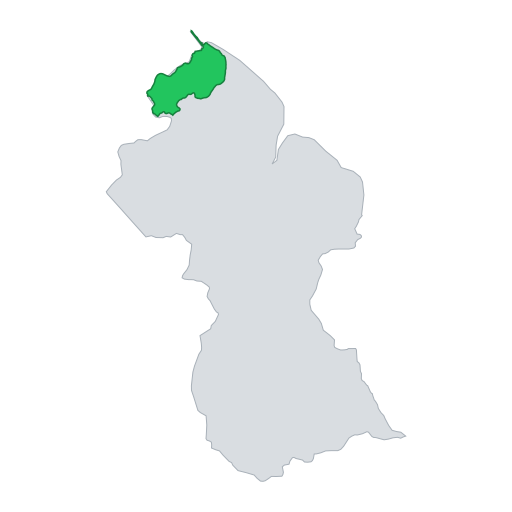 location of I-1 Barima, Barima-Waini, Guyana
{"feature_id": "73187651B60550575754674", "entity_name": "I-1 Barima", "entity_type": "district", "adm_level": 2, "iso_a3": "GUY", "parent_name": "Guyana", "parent_adm1": "Barima-Waini", "projection": "mercator", "projection_center": [-60.025, 7.862], "detail": "fine", "context": "in_parent", "style": "filled", "palette": "green", "viewbox_px": 512, "rotation_deg": 0, "n_neighbors": 0, "source": "geoboundaries", "source_scale": "gbopen_adm2", "svg_char_len": 8428}
<svg xmlns="http://www.w3.org/2000/svg" viewBox="0 0 512 512"><path d="M145.9,236.9L133.0,222.5L120.0,207.9L107.2,193.7L106.3,191.7L111.7,184.9L116.5,180.0L120.5,177.3L122.3,174.8L120.9,164.3L121.0,160.6L119.1,156.5L117.8,151.9L119.4,148.0L121.3,145.4L123.8,144.3L129.7,143.4L134.0,143.0L135.5,141.5L137.9,139.7L141.1,139.6L147.4,140.8L150.2,138.5L155.4,135.4L167.1,129.9L169.7,126.4L171.5,120.9L171.3,118.4L170.1,117.4L167.2,116.5L162.8,116.4L159.3,117.8L155.6,117.0L152.5,113.6L152.4,110.8L154.2,106.9L153.1,104.3L147.3,95.9L147.3,93.6L151.6,89.9L154.0,86.7L157.2,79.1L159.8,76.6L168.0,75.7L170.0,74.1L174.2,70.0L180.3,65.4L189.2,61.8L191.7,55.1L193.3,53.3L200.4,49.8L201.6,47.9L201.4,46.2L190.1,31.2L192.3,32.3L201.1,42.0L206.0,44.2L207.0,44.2L207.1,41.7L211.5,42.7L223.1,49.4L239.9,60.5L263.6,81.4L270.4,89.3L274.9,93.0L282.0,102.1L284.0,106.6L283.8,124.2L277.6,136.2L276.1,145.2L275.7,157.1L272.1,164.0L276.9,160.3L278.4,149.5L282.5,142.9L287.8,135.7L294.9,134.0L302.6,137.1L308.8,137.6L314.2,139.7L325.8,151.2L337.1,160.3L341.2,167.6L353.2,171.3L360.2,177.0L362.5,182.0L363.9,195.0L361.6,214.7L362.2,215.6L359.0,219.5L358.4,222.0L356.3,226.3L354.7,228.7L357.1,234.1L359.8,234.4L360.8,235.1L361.5,236.1L361.3,237.3L360.3,238.3L357.7,239.6L355.2,242.8L355.5,246.2L353.9,248.0L349.0,249.0L339.3,249.0L334.5,249.2L330.7,249.8L328.3,252.0L325.1,253.6L322.6,253.9L320.4,256.5L318.2,260.2L318.9,262.7L321.2,266.1L322.5,269.5L320.8,275.1L318.8,279.4L317.7,282.7L316.2,289.0L312.5,295.9L309.8,299.9L309.8,304.2L311.2,310.3L318.8,319.2L321.3,323.4L323.3,330.2L330.2,335.6L334.5,339.9L334.1,345.6L334.7,347.4L337.4,348.8L340.6,350.0L344.2,349.9L347.4,349.4L348.2,348.6L355.6,348.5L356.4,349.9L356.9,358.1L357.2,361.5L358.9,362.8L360.0,364.9L360.1,366.7L360.4,371.3L361.5,373.7L361.3,378.7L362.1,380.5L364.1,381.7L366.7,385.2L367.7,385.7L368.2,386.9L370.4,391.9L371.6,393.4L372.3,393.6L372.7,395.4L374.3,400.1L375.4,401.2L377.5,404.7L378.3,408.4L381.0,412.7L383.8,415.6L385.1,418.7L388.7,425.5L392.1,430.3L396.8,431.6L400.8,432.2L403.2,434.1L405.7,436.1L403.1,437.0L400.7,438.2L397.5,437.3L393.0,437.8L388.4,439.1L384.1,439.8L376.0,437.6L373.5,437.4L371.8,436.4L368.5,432.2L366.9,431.7L362.6,433.7L357.3,435.0L354.8,434.8L351.7,436.2L348.9,438.1L343.6,446.3L340.8,449.3L337.9,450.6L331.9,450.6L325.6,450.9L320.8,452.8L316.4,453.9L314.2,454.0L313.4,458.5L312.4,460.6L311.0,461.8L307.6,462.2L304.5,462.0L302.6,460.1L299.1,459.2L296.0,458.5L294.0,457.4L292.4,457.7L291.0,459.6L289.9,461.2L289.0,464.2L284.3,465.1L282.3,466.8L283.4,472.3L282.9,474.5L281.9,476.2L276.2,476.5L271.4,476.4L268.6,478.5L265.1,480.8L263.0,481.3L260.5,481.1L257.2,478.4L254.1,475.0L246.0,472.6L238.0,470.6L232.8,465.2L231.6,462.6L229.1,461.4L222.9,455.0L219.5,450.9L215.8,449.8L211.5,448.0L211.7,445.0L211.4,442.2L209.5,441.0L207.0,440.2L206.0,438.6L206.3,434.8L206.8,425.1L206.1,415.8L200.4,412.6L197.9,410.4L193.6,396.6L191.5,390.4L191.4,385.8L192.9,372.1L194.5,366.1L198.9,354.2L201.5,350.2L201.6,347.2L201.3,343.3L200.0,335.6L207.5,330.8L210.7,328.8L211.3,325.5L215.3,321.4L217.1,317.5L218.5,314.5L218.1,312.9L216.4,311.9L214.3,309.0L210.0,300.6L208.4,298.9L207.1,296.5L207.8,292.8L209.5,288.8L209.3,287.1L206.7,284.9L201.3,281.3L196.9,281.0L193.5,279.7L188.4,279.6L184.4,279.1L182.1,277.8L182.6,275.6L183.6,273.9L187.0,269.6L189.2,265.1L189.5,260.7L190.2,254.9L191.2,249.9L191.7,244.2L186.4,240.4L184.7,237.3L182.5,234.6L180.1,234.6L176.4,233.4L170.7,237.0L166.2,236.4L163.1,237.7L156.0,237.5L151.4,235.7L145.9,236.9Z" fill="#d9dde1" stroke="#a8b0b8" stroke-width="1"/><path d="M205.5,42.9L204.6,44.1L204.4,44.0L203.9,44.4L203.8,44.8L203.3,44.8L202.3,44.7L201.9,44.2L202.1,43.6L202.1,43.1L201.8,42.9L201.1,42.7L200.5,42.2L200.0,41.9L198.3,39.7L197.3,37.7L197.0,37.4L195.8,36.3L194.2,34.5L192.1,31.3L191.7,31.0L191.5,30.8L191.3,30.7L191.4,32.1L199.0,41.5L201.7,45.2L202.0,45.5L202.6,45.8L203.0,46.3L203.2,46.6L203.4,46.8L203.4,47.2L203.3,47.5L203.2,47.7L203.0,48.0L202.5,48.4L202.1,48.6L201.9,48.7L201.9,48.9L201.6,50.0L201.4,50.4L200.4,50.5L198.7,50.9L198.3,50.9L197.0,51.1L196.5,51.2L195.9,51.4L195.4,51.3L195.2,51.3L195.1,51.5L194.9,52.3L194.7,52.8L194.5,53.2L194.4,53.3L194.1,53.4L193.6,53.4L193.4,53.4L193.1,53.7L192.8,53.9L192.7,54.0L192.5,54.4L192.2,55.3L192.2,55.7L192.4,56.2L192.5,56.3L192.5,56.7L192.5,56.9L191.9,57.6L191.7,58.1L191.6,58.6L191.5,59.5L191.5,59.8L191.4,60.1L191.2,60.2L190.3,61.9L189.8,62.7L189.6,63.0L189.4,63.2L188.8,63.6L188.1,63.7L187.8,63.8L187.2,63.7L186.5,63.6L185.8,63.2L185.4,63.1L184.7,63.3L184.0,63.6L183.5,64.0L183.2,64.4L182.9,65.0L182.5,65.2L182.3,65.4L182.1,65.6L181.4,66.1L180.9,66.4L180.7,66.4L180.3,66.6L179.7,67.0L179.3,67.2L179.1,67.2L178.9,67.2L178.0,67.5L177.8,67.6L177.6,67.7L177.3,68.0L177.2,68.2L177.1,69.0L176.7,69.8L176.4,70.1L176.1,70.8L175.6,71.6L175.1,72.3L174.6,72.8L173.6,73.4L172.4,74.3L171.1,75.7L170.5,76.1L169.9,76.3L169.3,76.4L168.7,76.3L167.9,76.1L167.3,76.0L166.7,75.7L166.0,75.4L165.4,75.1L162.9,73.9L161.7,73.6L160.9,73.6L160.2,73.6L159.5,73.9L158.8,74.2L158.2,74.6L157.6,75.0L157.1,75.6L156.3,76.9L156.0,77.5L155.7,78.2L155.1,79.4L154.8,81.5L154.6,82.1L154.4,82.7L153.8,84.2L153.4,84.9L152.8,85.9L152.5,86.4L151.7,88.1L151.3,88.8L150.7,89.4L150.2,89.7L149.2,90.2L148.6,90.5L147.9,91.0L147.4,91.4L147.0,92.0L146.9,92.8L147.0,93.4L147.6,93.9L147.8,94.5L147.6,95.3L147.7,96.0L148.5,96.1L149.1,96.1L149.7,96.3L150.1,96.7L150.7,97.3L151.1,97.8L151.6,98.3L152.0,98.8L152.0,99.7L152.3,100.3L152.9,100.6L153.4,101.2L154.1,102.6L154.5,103.2L154.6,103.8L154.7,104.6L154.5,105.2L153.5,106.3L152.8,107.2L152.1,108.2L152.0,108.9L152.1,109.5L152.3,110.0L152.6,110.7L152.7,111.4L152.6,112.0L152.9,112.7L153.4,113.0L153.7,113.6L154.3,113.7L154.8,114.0L155.3,114.4L155.8,114.9L156.3,115.3L157.0,115.7L157.3,116.2L157.9,116.3L158.3,115.8L158.7,115.4L159.1,114.8L159.5,114.1L159.9,113.7L160.4,113.4L161.8,112.9L162.4,112.5L162.9,112.0L163.5,111.7L164.2,111.8L164.7,112.4L165.0,113.1L165.5,113.4L166.2,113.6L166.9,113.5L167.7,113.1L168.4,112.9L168.9,112.8L169.6,113.0L170.1,113.3L170.8,113.9L171.4,114.2L172.2,114.6L172.8,115.2L173.1,114.8L173.4,114.4L173.8,113.9L174.3,113.6L174.7,113.3L175.1,112.8L175.4,112.4L175.9,112.2L176.6,111.8L177.1,111.5L177.7,111.1L178.4,111.0L179.0,110.9L179.5,110.5L179.8,110.1L180.0,109.5L180.0,108.9L179.6,108.5L179.2,108.0L178.7,107.7L178.2,107.5L177.7,107.0L177.3,106.5L176.9,106.0L176.7,105.4L176.6,104.7L176.6,104.1L176.9,103.4L177.2,102.9L177.5,102.3L177.9,101.9L178.3,101.3L178.6,100.8L179.1,100.4L179.6,100.0L180.0,99.7L180.5,99.5L181.1,99.5L181.6,99.0L182.1,98.7L182.7,98.3L183.3,98.0L184.0,98.0L184.5,98.0L185.2,97.7L185.7,97.4L186.1,97.0L186.5,96.5L187.0,95.9L187.4,95.3L187.7,94.9L188.2,94.5L188.7,94.3L189.4,94.3L190.0,94.4L190.5,94.4L191.0,94.3L191.5,94.0L191.9,93.7L192.4,93.3L192.9,93.0L193.4,92.8L194.0,92.9L194.4,93.4L194.7,94.0L194.8,94.5L195.0,95.0L195.0,95.6L195.0,96.2L195.1,96.8L195.4,97.3L195.9,97.6L196.4,97.8L196.9,98.0L197.5,98.3L198.0,98.3L198.5,98.4L199.1,98.4L199.9,98.6L200.4,98.8L201.0,98.7L201.7,98.6L202.1,98.3L202.8,98.1L203.3,98.0L203.8,97.8L204.4,97.7L205.1,97.7L205.8,97.6L206.4,97.5L206.9,97.3L207.4,96.9L207.8,96.7L208.3,96.4L208.7,96.0L209.1,95.6L209.5,95.1L209.8,94.7L210.1,94.2L210.3,93.8L210.5,93.1L210.8,92.6L211.1,92.1L211.4,91.5L212.1,90.7L212.4,90.3L212.7,89.7L213.2,89.1L213.5,88.6L213.8,87.9L214.3,87.3L214.8,86.8L215.2,86.3L215.7,85.7L216.0,85.4L216.7,84.9L217.4,84.6L218.0,84.6L218.5,84.5L219.0,84.4L219.5,84.3L220.1,84.1L220.6,83.9L221.2,83.4L221.7,83.1L222.2,82.6L222.8,82.1L223.3,81.7L223.7,81.2L224.1,80.5L224.4,79.9L224.6,79.4L224.6,78.9L224.6,78.3L224.6,77.7L224.6,77.1L224.8,76.5L224.9,75.7L225.0,75.2L225.1,74.7L225.2,74.0L225.3,73.4L225.4,72.7L225.4,72.0L225.4,71.4L225.4,70.7L225.5,70.0L225.7,69.4L225.8,68.7L226.0,68.1L225.9,67.5L225.9,66.9L225.9,66.2L225.9,65.6L226.0,65.0L226.0,64.2L225.9,63.5L225.9,62.8L225.9,62.1L225.8,61.5L225.7,60.8L225.6,60.2L225.5,59.6L225.4,59.1L225.2,58.3L225.1,57.5L224.8,57.1L224.5,56.6L224.2,56.1L223.8,55.8L223.1,55.6L222.6,55.4L222.1,55.1L221.8,54.6L221.6,54.1L221.3,53.6L220.9,53.2L220.5,52.9L220.1,52.3L219.8,51.6L219.4,51.1L219.0,50.7L218.5,50.4L217.8,50.2L217.2,50.0L216.7,49.8L216.1,49.6L215.7,49.3L215.0,49.0L214.4,48.6L214.0,48.3L213.5,48.0L213.0,47.6L212.5,47.2L212.1,47.0L211.6,46.8L211.0,46.3L210.3,45.9L209.8,45.5L209.3,45.1L208.8,44.7L208.2,44.4L207.7,44.0L207.3,43.5L206.9,43.2L206.4,42.9L205.8,42.8L205.5,42.9Z" fill="#22c55e" stroke="#15803d" stroke-width="1.5"/></svg>